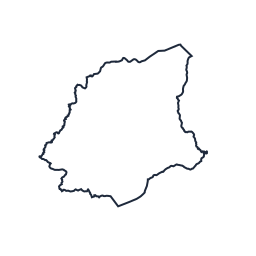 José Joaquín de Herrera, Guerrero, Mexico (Albers equal-area conic projection), rotated 240°
{"feature_id": "50627088B58931459809132", "entity_name": "José Joaquín de Herrera", "entity_type": "district", "adm_level": 2, "iso_a3": "MEX", "parent_name": "Mexico", "parent_adm1": "Guerrero", "projection": "albers", "projection_center": [-98.998, 17.441], "detail": "fine", "context": "isolated", "style": "outline", "palette": "slate", "viewbox_px": 256, "rotation_deg": 240, "n_neighbors": 0, "source": "geoboundaries", "source_scale": "gbopen_adm2", "svg_char_len": 5726}
<svg xmlns="http://www.w3.org/2000/svg" viewBox="0 0 256 256"><g transform="rotate(240 128 128)"><path d="M174.0,215.1L174.7,213.5L176.7,198.4L179.6,192.7L178.9,182.5L178.1,176.5L179.0,173.0L178.9,171.6L179.3,170.6L179.9,170.1L180.7,169.7L181.2,169.7L183.1,169.1L184.2,168.3L184.6,167.6L184.7,167.0L184.3,163.1L184.7,162.1L185.3,161.4L186.0,161.2L187.0,161.1L189.6,160.2L190.3,159.9L190.9,159.2L191.0,158.7L189.7,156.6L190.0,153.8L190.4,152.6L191.3,150.7L191.6,150.8L193.8,146.6L193.8,145.2L194.0,144.5L194.7,143.4L195.1,142.8L195.5,141.8L195.6,140.5L194.1,137.6L193.8,136.7L193.8,135.2L193.5,134.5L191.1,132.2L190.3,129.5L190.3,128.8L191.7,125.5L190.7,123.5L190.6,122.7L191.2,122.0L192.0,122.2L192.4,121.5L192.1,120.9L192.6,117.5L190.6,116.8L188.9,115.6L188.3,115.6L185.9,113.2L184.9,112.9L184.2,112.2L183.8,110.6L184.4,110.0L185.0,109.7L185.9,108.9L188.1,108.7L189.5,107.6L190.2,106.3L190.7,106.0L190.6,105.5L190.3,105.1L190.0,104.0L189.5,103.9L189.3,103.7L189.2,102.4L189.0,102.1L188.7,101.9L187.7,101.8L187.3,101.4L186.5,101.4L186.1,100.8L185.6,100.6L185.5,100.0L185.2,99.5L184.5,99.6L184.0,99.3L183.7,99.4L183.0,99.0L182.1,99.1L181.3,98.2L179.7,98.0L179.0,97.8L178.3,97.2L176.8,96.5L176.5,96.2L176.1,94.9L176.3,93.8L176.5,93.0L177.2,92.1L177.3,90.9L177.0,90.3L177.1,89.9L177.8,89.0L177.9,88.4L177.6,88.3L176.2,88.7L176.1,87.6L175.7,87.6L175.3,87.9L174.9,87.9L173.6,87.1L173.3,87.1L173.2,87.5L172.6,87.5L172.6,86.4L170.4,85.1L170.3,84.5L169.5,83.8L169.5,83.4L168.4,82.5L168.8,81.9L168.4,81.7L168.1,80.9L168.4,80.1L168.2,79.5L168.2,79.0L167.8,78.5L167.4,78.8L166.8,78.7L166.9,77.4L166.6,76.4L166.1,76.2L165.2,76.5L165.0,76.4L163.1,74.7L162.5,74.5L162.1,74.0L162.0,72.3L161.7,72.3L161.3,72.7L160.9,72.5L160.8,72.3L160.6,70.8L160.0,70.1L159.7,69.4L159.8,68.3L158.9,66.6L158.1,65.7L158.0,65.2L158.1,64.9L158.4,64.7L159.7,64.4L160.1,63.8L160.1,61.1L159.9,60.9L159.3,61.3L158.8,61.4L157.9,60.2L156.6,59.9L155.9,58.7L155.9,58.3L155.2,57.0L155.2,56.6L155.4,55.8L154.9,55.5L154.1,55.4L153.8,55.1L153.7,54.8L153.8,54.5L154.7,54.6L154.5,54.2L154.1,53.7L155.1,52.5L155.5,50.7L155.7,50.2L155.7,49.9L154.5,49.0L154.4,48.7L154.5,47.7L154.3,47.5L154.2,47.4L153.4,47.4L152.8,46.9L151.7,44.3L151.3,44.1L151.1,44.6L150.7,44.6L150.4,44.3L150.4,44.1L150.1,43.6L149.8,43.4L149.0,43.4L148.8,42.0L147.9,41.9L147.8,41.7L148.0,40.9L147.1,39.5L146.9,38.7L147.0,38.2L147.6,37.6L147.6,37.1L147.1,36.9L146.7,37.0L145.2,37.9L144.1,38.1L143.5,39.2L141.8,40.2L141.6,40.2L141.2,41.0L140.9,41.2L140.0,41.3L139.6,41.5L138.7,41.5L137.3,42.5L137.0,42.5L136.7,43.0L136.2,43.3L135.9,43.3L135.9,42.8L135.6,42.3L134.1,40.7L133.0,40.6L132.2,40.8L131.1,41.3L130.8,41.8L129.8,42.6L128.5,43.5L128.1,44.1L126.2,47.3L125.2,50.0L124.9,50.6L124.3,51.1L123.9,51.5L123.5,51.5L121.8,52.5L121.0,52.7L120.3,52.5L118.8,51.0L118.9,50.4L117.9,48.1L118.1,46.6L117.9,45.8L117.6,45.5L117.4,45.0L116.3,45.2L115.9,44.8L114.3,44.4L113.8,43.4L113.8,43.1L113.0,42.5L112.4,42.5L112.4,40.4L111.9,39.1L111.2,38.9L110.1,38.4L109.3,38.3L108.8,39.1L108.1,39.1L107.9,39.0L107.5,39.3L106.3,39.2L106.3,40.3L106.8,41.2L106.1,42.2L104.5,43.0L103.6,44.9L101.8,46.4L101.0,48.4L100.6,49.9L101.0,51.1L101.0,52.0L100.0,52.6L98.8,53.5L98.8,54.7L98.5,56.2L98.5,56.8L96.8,57.2L95.4,58.0L94.8,58.6L94.4,59.7L93.7,60.8L93.9,61.7L94.7,62.3L94.8,62.7L94.4,62.8L92.2,62.8L91.7,62.6L90.8,62.8L89.9,62.3L89.1,62.6L88.4,62.6L86.1,62.1L85.6,64.6L86.6,65.2L86.2,66.1L84.6,66.6L83.7,68.0L82.4,68.3L82.8,69.7L82.6,71.3L82.1,72.4L81.3,72.8L80.5,74.0L80.1,75.4L79.2,76.8L77.6,78.8L65.1,80.3L63.4,91.5L62.3,100.1L62.4,103.5L62.5,104.9L63.2,108.1L63.8,110.2L64.8,110.9L65.5,111.7L68.3,115.3L72.0,118.5L73.6,119.5L73.1,120.5L73.4,121.6L73.4,122.5L73.4,123.2L73.2,123.6L73.2,124.8L73.4,125.4L73.8,125.7L74.2,126.3L74.2,127.0L73.9,127.9L73.0,128.9L72.9,129.5L73.2,132.4L73.0,135.8L72.7,135.9L72.5,136.2L72.5,136.8L73.2,138.6L73.5,139.9L73.6,142.5L73.4,143.0L73.3,144.1L73.7,145.9L73.5,146.7L72.1,148.3L72.2,151.7L71.8,152.3L71.1,152.8L70.5,153.7L68.7,155.6L68.5,156.0L66.8,157.0L66.0,157.1L64.4,158.2L63.7,158.5L62.7,159.5L62.5,160.0L60.9,161.1L60.8,161.4L60.7,161.8L60.8,162.9L60.4,163.8L60.9,165.5L61.6,167.3L61.6,167.6L62.3,168.8L62.4,170.0L62.2,170.7L62.2,171.9L62.8,173.5L62.7,174.9L64.4,175.8L65.0,176.5L65.1,178.5L65.3,179.3L65.6,179.6L66.4,180.1L66.6,180.3L67.4,181.0L68.5,181.0L68.2,181.9L66.9,182.9L66.7,183.2L66.7,183.7L66.9,183.9L67.7,183.8L67.8,184.4L67.9,184.5L68.0,184.5L68.0,184.2L68.3,184.2L68.2,183.2L68.8,182.5L69.6,182.2L69.8,182.0L69.9,181.0L70.5,180.8L70.5,179.6L71.3,179.5L72.4,179.7L73.0,179.6L73.7,179.0L74.2,179.2L74.8,179.1L74.9,178.2L75.2,178.1L76.3,178.6L76.8,178.6L77.7,178.0L78.4,178.1L78.8,178.2L79.6,179.0L80.7,179.2L81.2,179.8L81.6,179.9L82.5,179.7L84.0,180.1L84.9,180.6L85.6,180.7L87.0,180.6L87.7,180.4L88.0,180.6L88.9,181.8L90.2,182.0L92.6,181.5L93.4,180.9L93.4,180.5L94.4,179.0L94.7,178.3L94.6,177.8L94.7,177.1L95.4,176.4L95.6,175.8L96.0,175.5L97.1,175.5L97.5,175.2L98.2,175.5L98.8,175.5L99.3,175.2L99.8,175.4L100.6,175.4L101.4,174.9L102.7,175.0L103.3,175.3L104.9,176.8L105.7,177.4L106.9,177.3L108.0,177.6L109.1,177.3L110.2,177.3L112.7,179.1L113.2,179.4L114.9,179.4L115.6,179.1L116.4,179.4L117.2,179.3L118.2,179.8L118.3,180.5L119.0,181.4L120.7,181.9L122.1,182.9L124.7,183.8L126.3,185.9L127.6,185.5L128.6,185.8L129.2,185.4L129.7,185.4L130.6,186.1L130.1,187.9L130.2,190.9L130.4,191.5L131.5,193.4L132.4,194.2L133.8,194.8L134.8,195.5L136.6,197.2L137.3,199.0L138.1,200.1L139.1,202.1L139.8,202.8L141.9,204.3L144.7,205.3L145.3,205.7L145.9,206.6L146.5,207.0L147.8,207.4L148.7,207.4L149.7,207.8L150.5,208.7L151.6,209.5L152.8,209.8L153.6,211.4L154.6,212.2L155.8,212.8L156.7,213.5L158.2,215.3L158.6,216.2L158.5,219.1L172.6,215.1L174.0,215.1Z" fill="none" stroke="#1e293b" stroke-width="2"/></g></svg>